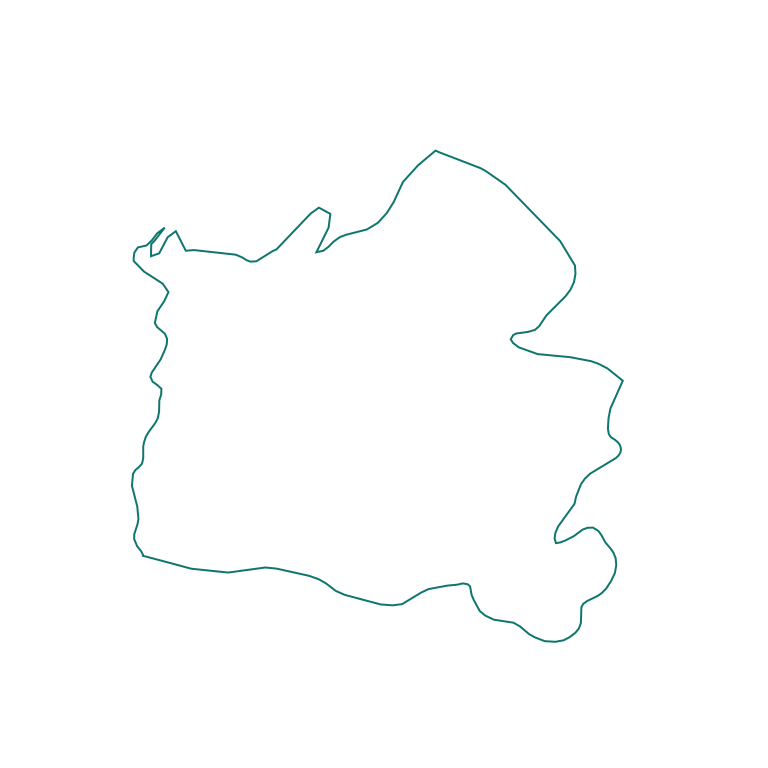 map outline of El Oro (orthographic projection), rotated 18°
{"feature_id": "ECU-1267", "entity_name": "El Oro", "entity_type": "Province", "adm_level": 1, "iso_a3": "ECU", "parent_name": "Ecuador", "parent_adm1": "", "projection": "orthographic", "projection_center": [-79.84, -3.463], "detail": "fine", "context": "isolated", "style": "outline", "palette": "teal", "viewbox_px": 768, "rotation_deg": 18, "n_neighbors": 0, "source": "natural_earth", "source_scale": "10m", "svg_char_len": 2397}
<svg xmlns="http://www.w3.org/2000/svg" viewBox="0 0 768 768"><g transform="rotate(18 384 384)"><path d="M207.9,621.9L207.9,621.3L204.5,617.9L199.4,614.6L194.4,608.8L192.9,604.0L192.9,593.4L192.2,588.3L187.2,576.8L175.7,558.6L173.1,547.1L174.1,542.7L176.6,538.8L178.5,534.4L177.9,528.8L174.4,518.1L173.8,513.7L173.8,508.0L174.8,503.0L178.5,491.9L179.4,486.3L178.7,480.0L175.4,469.1L175.3,462.8L173.8,457.4L168.9,455.1L163.2,453.3L159.6,449.3L159.6,444.9L164.0,429.6L165.1,418.7L165.1,413.1L163.7,408.0L160.1,403.9L150.7,400.0L147.2,396.8L146.0,384.9L149.4,373.1L150.6,363.2L142.6,357.0L121.1,351.3L111.8,346.4L107.9,344.4L106.7,340.3L106.0,336.1L107.7,330.2L115.4,325.6L118.9,318.9L121.7,310.9L127.2,303.0L121.4,319.0L119.4,322.8L122.9,334.5L129.8,329.2L132.9,311.3L138.8,303.0L154.3,318.5L162.1,315.3L203.2,306.8L210.3,307.5L215.0,308.7L219.1,308.9L224.6,306.8L237.5,291.5L240.1,289.3L261.6,244.5L267.6,236.4L280.4,238.8L283.0,252.4L279.0,279.6L285.1,276.0L288.9,270.5L292.1,264.1L296.6,258.0L301.8,253.8L319.9,242.4L328.3,232.7L333.8,220.7L337.0,207.9L339.6,185.9L348.9,165.3L360.9,146.1L365.5,146.6L409.0,148.9L414.9,150.0L437.9,157.0L507.3,193.6L529.0,212.3L532.0,219.9L533.2,228.3L532.2,236.6L529.7,244.1L517.2,268.7L513.9,280.6L510.9,285.9L504.9,289.9L494.0,295.2L491.8,297.5L490.7,302.4L494.1,305.1L500.8,307.5L520.8,308.1L553.1,300.9L574.0,298.3L581.6,298.5L591.6,300.1L610.1,307.1L606.9,337.3L608.1,347.1L610.7,357.1L613.3,362.2L616.5,364.6L620.6,365.6L624.6,367.2L627.7,369.6L629.7,373.1L630.0,376.2L629.1,379.8L627.3,382.9L607.8,405.5L604.4,411.7L602.3,418.4L601.5,431.7L602.2,439.2L593.7,465.4L593.0,472.7L594.0,478.2L596.7,482.2L600.3,480.4L604.6,477.0L611.6,470.0L617.9,461.1L621.9,457.9L627.0,456.0L633.2,457.5L637.1,460.2L643.7,466.4L650.7,470.7L654.4,473.6L658.2,478.2L660.9,484.5L662.0,492.4L660.8,501.4L658.5,510.0L655.6,515.7L652.9,519.3L644.3,527.6L641.4,531.5L640.7,535.2L645.1,550.5L644.9,556.4L642.8,561.6L638.5,567.7L634.1,572.2L626.7,576.2L616.4,578.9L605.7,578.3L599.1,577.0L588.2,572.5L580.9,571.0L561.4,574.2L552.0,573.0L545.2,570.3L536.2,561.8L532.5,557.5L528.4,549.9L525.6,548.6L520.8,549.2L515.3,552.4L506.9,556.0L489.7,565.3L483.7,571.0L469.2,587.8L460.4,591.9L448.8,594.7L411.9,596.7L402.2,595.7L390.6,591.6L382.1,589.8L371.8,589.6L338.8,592.8L327.8,595.2L294.0,611.5L258.0,619.2L216.4,621.4L207.9,621.9Z" fill="none" stroke="#0f766e" stroke-width="2"/></g></svg>